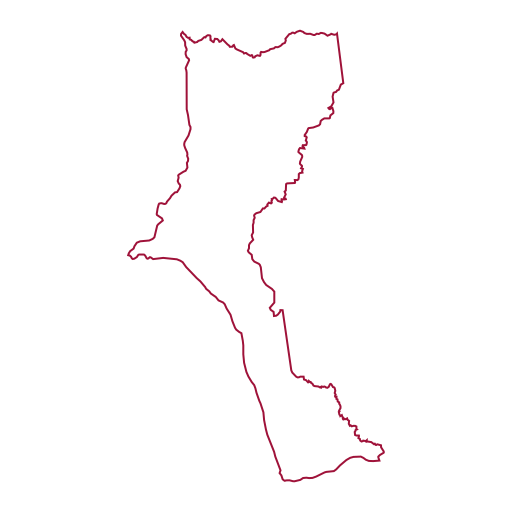 outline of Mera, Pastaza, Ecuador
{"feature_id": "8360857B12620262069407", "entity_name": "Mera", "entity_type": "district", "adm_level": 2, "iso_a3": "ECU", "parent_name": "Ecuador", "parent_adm1": "Pastaza", "projection": "orthographic", "projection_center": [-78.038, -1.449], "detail": "fine", "context": "isolated", "style": "outline", "palette": "rose", "viewbox_px": 512, "rotation_deg": 0, "n_neighbors": 0, "source": "geoboundaries", "source_scale": "gbopen_adm2", "svg_char_len": 6006}
<svg xmlns="http://www.w3.org/2000/svg" viewBox="0 0 512 512"><path d="M128.8,253.3L128.2,255.2L129.8,255.6L131.1,256.8L131.8,258.3L132.7,259.0L134.3,258.7L136.8,257.1L138.3,254.9L139.2,254.5L143.3,254.5L144.3,254.7L145.3,255.8L146.7,258.3L147.4,258.7L148.3,258.5L149.8,257.2L150.6,257.3L153.1,259.1L163.2,257.9L176.9,259.3L180.3,260.7L182.7,262.2L186.2,267.1L196.8,278.2L200.4,281.4L205.2,287.1L206.1,288.8L209.3,291.4L210.8,293.5L215.8,297.0L218.5,300.4L223.1,302.5L224.7,304.2L226.6,308.5L230.5,314.7L232.4,321.2L235.0,327.7L236.2,329.6L239.1,331.9L241.4,333.2L242.8,340.8L243.3,345.4L243.3,354.3L244.1,362.8L246.4,371.9L248.4,376.5L251.7,382.0L254.2,385.1L255.4,388.3L256.5,392.8L259.3,400.8L260.5,403.4L263.4,412.3L264.1,420.1L265.9,429.3L267.3,434.7L274.1,451.8L275.3,456.6L280.5,470.3L279.6,473.1L281.4,475.4L282.6,479.2L283.7,480.2L284.8,480.8L286.1,480.4L289.5,480.3L292.9,481.2L294.4,481.3L300.3,479.9L303.1,478.0L306.4,477.7L309.2,478.1L312.5,477.9L316.1,476.6L324.6,472.4L326.3,471.9L333.9,471.1L336.2,469.4L340.0,465.4L346.4,460.0L350.2,457.8L353.5,456.9L360.8,456.6L363.4,457.9L365.8,459.7L368.8,460.9L373.1,461.1L379.4,460.6L378.3,457.3L378.3,456.6L379.9,455.0L383.6,452.8L383.8,452.4L383.7,451.4L381.1,447.3L381.0,445.3L377.3,444.3L376.2,445.0L375.7,444.9L374.8,443.7L374.0,444.2L371.3,442.1L367.6,441.5L366.6,441.7L366.7,440.3L365.8,441.1L363.2,440.6L362.9,441.1L361.5,441.5L360.2,440.5L359.9,439.0L358.4,438.1L359.0,436.1L358.9,435.5L356.3,435.5L355.1,435.0L354.7,432.0L355.2,431.5L355.6,430.0L356.9,429.4L356.4,429.0L356.4,426.5L355.3,425.9L353.7,425.8L351.7,426.3L350.7,425.3L349.9,425.8L348.8,423.8L349.1,420.9L347.5,419.7L347.1,418.4L345.7,419.2L344.4,418.9L343.7,419.5L343.2,419.4L342.8,418.7L343.3,417.7L342.4,416.9L341.8,415.1L340.3,416.1L340.1,415.3L339.4,414.6L338.8,411.9L339.5,411.4L339.1,410.6L340.5,408.1L340.5,406.2L339.8,404.5L339.2,403.8L339.2,402.4L337.7,401.5L337.5,399.4L336.4,398.9L336.5,396.8L335.4,396.9L335.2,396.7L335.0,396.0L335.7,394.7L334.7,393.0L335.3,390.8L334.7,388.1L334.2,387.4L333.0,387.1L331.3,384.3L330.7,383.9L330.0,384.2L328.7,386.9L327.3,387.8L325.8,387.4L325.4,386.9L324.2,386.5L323.3,386.9L321.8,386.5L321.3,387.5L320.6,387.0L320.1,387.5L318.4,386.5L314.6,386.1L313.5,385.6L312.4,383.7L311.0,382.8L310.7,382.0L309.8,381.9L308.9,381.0L308.5,382.3L308.1,382.4L306.1,380.2L304.0,379.5L303.6,376.7L300.2,376.7L298.9,377.3L297.6,377.4L296.2,376.7L292.3,372.6L291.3,370.4L282.6,310.2L280.4,310.1L280.2,311.6L277.8,314.6L276.2,315.7L274.0,316.0L273.6,311.9L270.7,309.8L269.8,307.8L274.3,302.6L274.3,291.6L271.9,288.9L266.2,285.0L264.0,282.1L262.0,278.2L260.8,267.3L259.8,264.8L258.8,263.8L254.3,261.6L253.2,260.3L252.3,259.1L251.7,254.8L248.7,252.3L247.9,250.8L249.0,248.2L249.0,245.2L249.8,243.4L253.2,239.8L252.2,237.4L251.7,235.2L253.1,232.5L252.9,225.0L253.6,222.7L253.6,220.1L254.7,217.8L254.1,215.6L254.5,214.6L256.3,213.2L260.4,212.0L262.9,208.4L264.4,208.5L266.1,206.6L267.6,205.8L267.3,204.5L268.9,202.6L270.6,203.3L271.3,203.3L271.8,202.7L271.4,201.0L272.0,200.2L271.7,199.0L273.3,198.4L273.8,197.6L274.9,197.6L275.7,198.1L278.1,201.0L281.8,202.1L282.0,201.5L281.5,199.9L281.6,199.2L283.9,199.5L285.8,199.2L285.6,198.6L284.3,198.3L284.0,197.8L285.7,194.4L284.6,191.6L285.8,190.5L286.1,184.1L287.1,183.4L294.8,183.0L295.1,182.3L294.8,180.0L297.4,180.1L298.4,179.3L298.8,177.6L298.8,174.1L299.8,173.1L302.5,172.6L302.1,171.2L302.9,168.9L301.1,168.3L302.0,166.6L301.9,165.7L300.2,164.2L299.9,163.5L300.2,161.5L302.2,157.0L302.2,156.0L301.9,155.0L298.5,152.2L298.4,151.5L299.0,149.3L300.0,148.0L304.4,148.6L304.1,147.7L302.5,146.2L302.8,145.2L306.0,145.1L306.4,144.7L306.9,142.5L306.7,141.6L305.8,140.6L306.7,137.4L306.3,136.6L304.7,136.1L304.7,135.0L306.8,132.0L308.2,128.5L308.7,128.1L313.2,127.5L318.9,125.4L320.1,124.2L320.7,121.0L322.0,119.8L324.3,118.4L329.3,118.4L329.8,118.1L330.4,115.4L333.3,113.1L333.4,111.2L332.4,107.9L331.7,107.9L329.9,109.2L329.1,108.9L328.4,108.0L331.3,106.3L333.5,102.4L332.6,96.6L333.5,92.9L334.0,92.5L336.1,91.9L337.1,90.5L338.9,89.7L340.8,84.6L343.3,83.2L337.0,33.6L336.4,34.3L334.2,34.8L331.2,33.8L330.7,34.3L327.5,35.7L324.5,33.6L322.0,33.0L320.8,32.9L318.8,34.0L316.8,33.7L314.7,35.0L313.5,35.0L310.3,33.8L306.8,33.9L304.3,33.0L303.4,32.0L300.0,30.7L296.8,31.8L294.7,33.3L293.3,32.7L292.2,32.7L290.7,33.8L289.3,34.1L285.4,38.8L285.8,40.5L284.9,42.9L282.5,43.9L281.3,45.3L279.6,46.4L277.8,47.2L275.4,47.1L273.9,48.4L270.1,49.2L269.3,50.2L264.6,52.0L262.9,52.2L261.1,51.9L260.6,52.6L260.5,55.0L259.9,55.9L257.4,55.3L255.2,56.3L254.7,57.3L253.2,57.6L252.8,57.4L252.2,55.3L251.8,55.1L250.3,55.8L247.1,53.9L246.4,53.1L245.5,53.0L244.0,53.5L243.1,52.2L237.0,49.5L235.4,48.5L233.9,45.0L233.3,45.3L232.4,46.7L229.8,46.8L229.2,45.7L227.5,44.4L222.4,39.2L220.9,41.3L219.4,41.8L218.6,40.3L217.3,39.0L214.9,38.8L213.6,42.1L213.3,42.1L210.4,39.9L210.7,39.1L210.4,38.1L210.5,36.2L209.9,35.4L207.9,35.2L206.4,36.0L205.5,37.4L204.7,37.1L204.1,37.3L201.4,39.9L198.3,40.9L197.2,42.0L194.4,42.7L194.0,41.9L193.4,41.9L192.4,40.9L191.9,40.8L191.3,39.9L189.7,39.4L189.6,37.7L188.2,37.9L186.6,36.9L185.4,34.8L184.1,34.0L182.6,32.0L182.3,32.4L181.1,33.9L181.0,35.7L184.3,40.4L185.1,42.2L185.2,45.6L186.6,49.0L186.6,50.4L185.7,51.8L185.6,54.1L186.6,57.1L188.8,59.0L189.1,60.3L185.8,67.6L185.7,68.6L186.3,70.4L186.6,72.6L186.7,109.3L188.0,115.1L189.4,124.9L190.5,127.0L190.5,129.2L188.5,135.5L184.6,142.1L184.2,144.1L184.3,145.5L185.1,147.9L187.2,152.5L187.4,154.7L187.1,155.8L188.2,158.7L188.0,161.0L186.9,162.9L187.4,167.6L185.6,170.8L183.5,171.7L178.9,174.6L178.2,175.4L178.6,177.7L177.7,181.1L178.8,183.6L179.9,184.6L180.3,186.1L179.5,188.3L177.1,192.1L175.0,192.4L171.5,195.7L170.0,198.2L167.0,201.6L166.3,203.2L165.5,203.8L164.2,204.0L161.7,203.2L160.4,203.3L159.2,203.6L158.7,204.4L157.6,208.5L156.7,214.1L157.0,215.0L162.0,218.4L162.8,220.5L158.2,224.3L157.2,225.6L154.4,237.3L152.7,238.9L149.2,240.5L140.2,241.3L136.8,242.7L134.4,246.3L133.6,248.6L130.2,251.1L128.8,253.3Z" fill="none" stroke="#9f1239" stroke-width="2"/></svg>